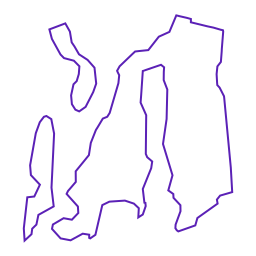 Newport, Rhode Island, United States of America
{"feature_id": "52423323B54307219453205", "entity_name": "Newport", "entity_type": "district", "adm_level": 2, "iso_a3": "USA", "parent_name": "United States of America", "parent_adm1": "Rhode Island", "projection": "mercator", "projection_center": [-71.264, 41.562], "detail": "fine", "context": "isolated", "style": "outline", "palette": "violet", "viewbox_px": 256, "rotation_deg": 0, "n_neighbors": 0, "source": "geoboundaries", "source_scale": "gbopen_adm2", "svg_char_len": 1867}
<svg xmlns="http://www.w3.org/2000/svg" viewBox="0 0 256 256"><path d="M176.3,15.4L169.4,31.9L164.3,34.2L158.8,36.7L148.3,50.1L139.5,51.0L135.1,51.5L131.8,54.6L119.6,66.3L117.1,70.8L117.8,72.4L119.2,75.2L118.4,83.2L109.7,112.9L107.3,116.7L107.2,116.8L102.8,118.6L97.6,127.3L95.9,130.0L90.8,142.9L88.9,155.1L83.3,162.0L75.7,171.3L75.8,181.9L71.2,187.3L68.0,191.0L66.6,193.9L77.9,206.5L78.3,213.0L71.9,219.7L63.6,218.2L52.9,224.5L52.0,228.9L60.6,238.4L70.6,240.3L82.7,233.7L89.2,234.7L89.2,237.9L90.2,238.4L95.4,234.8L102.3,205.1L109.3,201.7L110.0,201.6L124.9,200.6L133.9,203.6L138.8,208.2L138.3,217.4L142.8,214.5L145.7,206.1L145.4,202.9L144.4,202.7L142.8,189.0L148.2,175.6L151.2,168.2L152.2,161.5L147.2,157.2L145.8,153.9L146.2,115.2L140.6,102.6L141.2,94.6L142.8,71.0L152.2,67.8L161.0,64.8L164.1,67.3L163.9,70.3L163.8,71.9L163.7,80.1L167.3,89.5L166.6,119.0L163.0,144.0L172.5,175.3L168.3,190.4L173.3,194.0L173.5,197.8L180.4,205.2L180.5,211.2L175.6,224.6L175.4,228.2L176.8,230.3L178.3,231.4L195.3,225.4L197.4,218.0L217.6,203.6L216.9,199.6L220.1,195.6L232.2,192.1L230.8,167.6L224.2,97.8L224.0,96.2L219.6,87.6L217.3,85.1L217.1,82.8L216.6,74.1L217.4,66.4L220.9,61.9L220.9,61.7L221.7,51.4L221.8,49.1L223.2,31.6L223.0,30.3L221.7,29.9L221.3,29.9L213.4,27.6L207.3,26.3L201.2,24.8L190.9,22.3L190.9,21.9L190.9,19.0L187.0,17.9L179.6,16.2L177.3,15.6L176.3,15.4ZM23.8,228.4L24.6,240.6L31.5,234.2L32.2,228.7L36.4,224.6L38.4,214.9L53.7,206.4L51.5,187.6L54.1,133.6L51.3,119.1L46.4,116.0L43.9,116.8L39.8,122.2L35.8,133.2L30.1,165.3L30.9,175.1L39.9,184.7L34.3,196.5L27.3,197.3L23.8,228.4ZM49.4,29.4L51.9,38.9L60.5,54.5L64.0,58.1L73.9,60.7L79.4,66.3L78.8,74.1L76.7,81.1L73.5,84.3L71.1,95.4L71.9,104.2L75.4,109.7L79.2,111.4L85.6,106.9L93.2,92.1L96.2,83.6L94.5,67.7L87.6,59.9L79.0,54.3L74.5,46.5L71.7,42.4L69.9,31.6L65.3,23.4L49.4,29.4Z" fill="none" stroke="#5b21b6" stroke-width="2"/></svg>